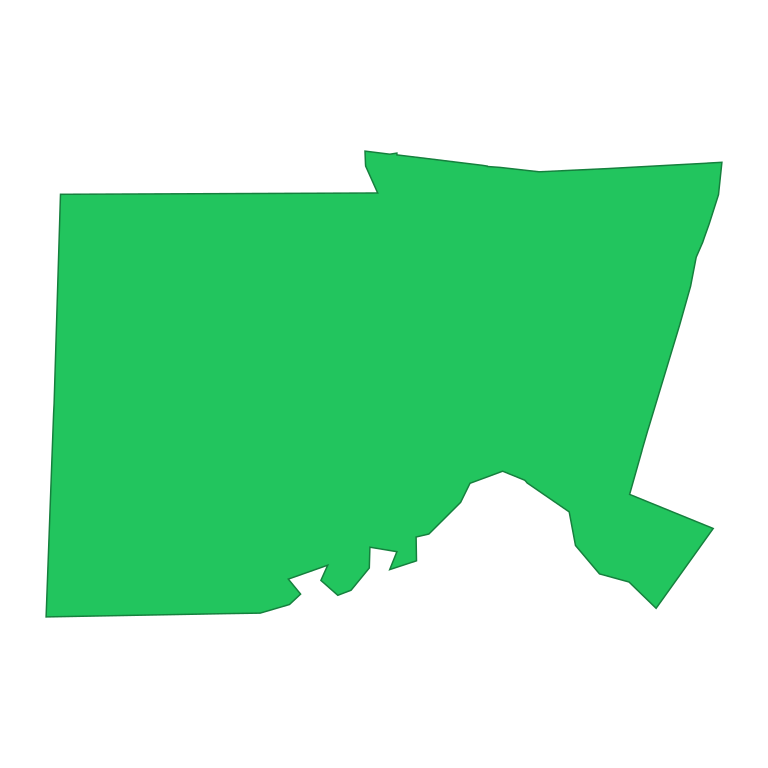 outline of Chatham, North Carolina, United States of America
{"feature_id": "52423323B14354117939390", "entity_name": "Chatham", "entity_type": "district", "adm_level": 2, "iso_a3": "USA", "parent_name": "United States of America", "parent_adm1": "North Carolina", "projection": "natural_earth1", "projection_center": [-79.146, 35.696], "detail": "fine", "context": "isolated", "style": "filled", "palette": "green", "viewbox_px": 768, "rotation_deg": 0, "n_neighbors": 0, "source": "geoboundaries", "source_scale": "gbopen_adm2", "svg_char_len": 1025}
<svg xmlns="http://www.w3.org/2000/svg" viewBox="0 0 768 768"><path d="M46.1,616.9L51.7,616.8L62.9,616.6L227.0,613.6L227.4,613.6L260.2,613.1L289.5,604.5L300.6,594.1L288.3,579.1L327.7,565.2L320.9,580.4L337.8,595.3L351.1,590.2L369.3,568.0L369.9,547.2L396.9,551.7L389.7,569.6L416.5,560.8L416.1,537.0L428.9,534.0L460.6,502.4L470.0,483.3L502.6,471.2L524.7,480.2L525.7,481.2L526.3,481.9L526.6,482.3L527.2,483.0L569.2,511.9L575.5,545.5L599.5,573.9L629.0,582.0L656.1,608.3L699.2,548.1L700.4,546.4L712.7,529.2L713.2,528.5L629.6,494.4L642.0,450.5L642.0,450.2L648.0,429.5L648.3,428.7L679.5,325.5L690.6,286.2L696.2,257.2L702.7,242.3L704.5,237.0L708.9,224.7L709.3,223.5L718.5,194.7L721.9,162.3L707.5,163.1L707.2,163.2L679.1,164.7L678.9,164.7L607.4,168.6L539.0,171.8L500.0,167.4L487.3,166.5L487.3,166.1L482.2,165.3L396.9,154.9L396.9,153.1L389.8,154.2L365.0,151.1L365.0,151.3L365.5,164.5L365.6,164.8L365.6,165.2L365.6,166.0L377.7,193.0L60.5,194.3L54.1,403.8L53.6,413.6L46.1,616.9Z" fill="#22c55e" stroke="#15803d" stroke-width="1.5"/></svg>